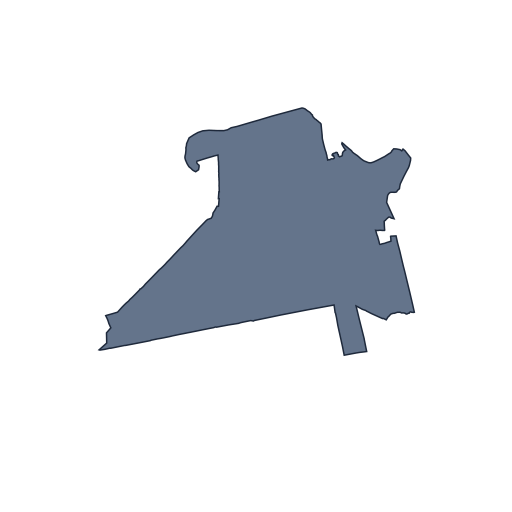 outline of Dobrun, Olt, Romania, rotated 332°
{"feature_id": "2599482B92313986888517", "entity_name": "Dobrun", "entity_type": "district", "adm_level": 2, "iso_a3": "ROU", "parent_name": "Romania", "parent_adm1": "Olt", "projection": "orthographic", "projection_center": [24.23, 44.251], "detail": "fine", "context": "isolated", "style": "filled", "palette": "slate", "viewbox_px": 512, "rotation_deg": 332, "n_neighbors": 0, "source": "geoboundaries", "source_scale": "gbopen_adm2", "svg_char_len": 6156}
<svg xmlns="http://www.w3.org/2000/svg" viewBox="0 0 512 512"><g transform="rotate(332 256 256)"><path d="M308.9,392.3L309.8,389.2L312.1,381.5L312.7,379.7L317.4,360.7L320.9,347.1L321.8,348.3L322.9,350.0L323.8,351.4L324.5,352.5L325.4,353.6L327.1,355.4L327.5,356.0L327.8,356.7L328.9,358.1L329.7,359.3L330.8,360.9L336.2,367.9L338.4,370.7L339.1,370.9L339.9,371.9L341.0,373.5L342.6,372.6L343.7,371.9L345.3,371.5L346.6,371.0L347.9,370.6L349.1,370.8L350.2,371.0L351.1,371.5L352.0,371.7L353.0,371.8L353.9,372.0L354.5,372.1L355.1,372.4L355.9,372.9L356.7,373.2L357.2,373.7L357.5,374.3L357.9,374.7L358.8,375.1L359.7,375.6L360.3,376.1L361.0,376.9L361.2,377.6L361.6,377.9L362.2,378.1L362.9,378.1L363.3,378.1L364.0,378.2L364.6,378.4L364.8,378.1L365.2,377.9L365.9,377.8L366.4,378.0L366.7,378.4L367.3,379.0L367.9,379.3L368.8,379.9L369.4,380.0L371.2,373.5L374.7,360.3L378.1,347.0L379.5,341.6L380.4,338.0L381.2,334.6L383.1,327.3L385.2,319.4L385.6,317.7L386.4,314.2L387.1,311.1L387.6,309.3L388.5,306.1L389.1,304.0L384.4,301.8L384.1,301.8L383.9,302.1L383.7,302.6L383.5,303.3L383.1,304.2L382.5,305.4L382.2,306.2L381.9,306.3L381.2,306.1L379.9,305.9L378.0,305.5L375.6,305.2L372.9,304.4L371.8,304.3L371.2,304.1L370.8,303.9L370.8,303.5L370.9,302.7L371.4,301.0L371.6,300.0L371.8,299.1L372.1,297.8L372.4,296.4L372.6,295.6L372.6,294.7L373.0,292.5L373.3,291.5L373.5,290.4L373.6,290.1L373.7,289.5L374.1,289.8L374.8,290.2L375.4,290.6L376.1,290.9L376.7,291.1L377.4,291.4L378.0,291.7L378.4,292.0L379.2,292.5L379.8,292.9L380.5,293.2L381.2,293.7L381.5,293.7L381.8,293.6L382.2,292.5L382.7,291.4L383.7,289.2L384.5,287.6L385.4,285.6L385.7,285.4L386.1,285.3L387.0,285.3L387.5,285.0L389.5,284.4L391.3,284.0L391.7,284.1L392.2,284.4L392.6,284.6L392.9,285.2L393.1,285.9L393.6,286.3L395.4,287.9L396.5,270.0L398.7,267.0L400.6,264.4L401.3,263.9L402.2,263.4L403.3,263.0L404.4,262.9L405.5,263.3L408.6,265.0L409.5,265.3L410.2,265.4L411.6,264.6L412.6,264.3L414.1,264.0L414.5,263.6L415.3,262.4L417.2,260.1L424.1,255.0L428.6,251.9L432.1,249.6L433.7,248.2L437.3,244.2L438.6,242.1L437.9,238.4L437.0,233.1L436.0,230.6L434.1,231.6L433.1,229.7L430.4,227.5L427.9,226.0L426.6,226.5L425.4,226.9L424.5,227.6L423.5,227.9L422.7,228.1L421.4,228.1L419.1,228.3L416.3,228.6L413.6,228.5L411.2,228.5L407.6,228.4L404.1,228.2L402.3,227.9L401.1,227.6L400.2,227.1L399.2,226.4L398.3,225.4L396.7,223.5L396.1,222.8L395.5,221.8L394.8,220.4L394.2,219.1L393.0,215.9L392.7,215.2L392.3,214.3L391.7,213.3L391.3,212.4L390.7,211.4L390.4,210.6L390.1,210.1L389.9,209.3L389.9,208.7L389.5,207.2L388.9,205.8L388.2,204.2L387.7,202.8L387.2,201.7L386.6,200.0L386.0,198.3L385.2,196.4L384.7,196.8L384.3,197.6L384.4,201.3L384.5,202.3L384.9,204.4L383.8,204.4L382.4,204.7L381.2,205.3L380.3,206.3L379.5,207.6L378.7,208.0L377.9,207.9L377.3,207.7L376.4,207.7L375.7,206.3L376.1,205.8L376.3,205.1L375.9,204.4L376.3,203.0L376.0,202.5L375.0,202.0L374.0,202.1L372.6,201.8L371.7,201.8L371.1,202.1L370.7,202.4L370.5,202.8L370.6,203.2L370.8,203.5L371.6,203.6L371.4,204.7L371.5,205.6L371.2,206.2L370.5,206.5L369.7,206.4L369.0,206.1L368.1,205.5L366.4,205.7L365.7,205.2L364.3,204.9L364.9,203.3L365.1,202.2L365.7,200.6L366.1,198.7L366.5,197.4L366.6,196.5L366.9,194.6L367.4,192.4L368.1,189.4L368.8,186.8L369.2,185.2L369.7,183.5L370.4,181.9L371.1,180.4L373.1,175.5L374.9,171.2L375.4,170.0L375.3,169.7L375.2,169.1L375.1,168.6L374.8,168.0L374.5,167.4L374.2,166.6L373.9,165.7L373.6,165.1L373.3,164.5L373.2,163.9L372.7,163.1L372.2,162.1L371.8,160.1L371.6,159.6L371.7,159.0L371.8,158.4L372.0,158.0L371.8,157.5L371.6,157.1L371.5,156.6L371.4,156.1L371.3,155.6L371.2,155.0L370.9,154.3L370.6,153.7L370.4,153.2L370.0,152.6L369.6,151.9L369.4,151.5L369.2,151.0L369.1,150.6L368.8,150.2L368.5,149.3L368.0,148.7L367.5,148.1L367.1,147.7L366.1,146.9L335.8,140.0L322.2,137.3L315.2,135.8L300.1,132.7L294.3,131.1L290.1,131.2L286.4,130.2L280.3,126.9L273.5,122.9L267.8,120.5L262.7,119.7L257.8,119.8L252.4,120.3L247.5,124.2L246.2,126.1L244.9,127.5L244.0,129.4L242.8,131.2L241.7,132.8L240.2,134.5L239.3,136.0L238.8,138.1L238.5,142.1L238.6,144.1L238.7,145.6L239.1,146.7L239.6,147.7L240.0,149.1L240.5,150.6L241.3,151.9L242.3,153.3L245.8,152.9L246.2,152.3L246.5,151.9L246.9,151.5L247.6,150.5L248.2,149.5L248.3,149.0L247.9,148.2L247.6,147.1L247.5,146.6L247.5,146.1L247.6,145.6L247.7,145.3L248.2,144.8L248.6,144.5L249.9,144.9L253.9,145.6L259.1,146.6L263.3,147.5L266.4,148.1L269.8,149.0L268.4,152.3L268.0,153.0L267.7,153.8L266.7,156.2L266.1,157.2L265.1,159.5L264.2,161.1L263.2,163.1L262.8,163.6L262.6,164.2L262.1,165.3L261.8,166.1L261.4,166.5L260.9,167.5L260.6,168.2L260.4,168.5L260.2,169.0L259.8,169.9L259.6,170.5L259.1,171.2L258.9,171.8L258.6,172.4L258.1,173.6L257.8,174.0L257.2,175.2L256.3,176.7L255.7,178.1L254.6,180.2L253.8,182.0L253.4,181.8L249.7,187.7L250.4,188.1L246.2,194.5L245.0,193.8L241.0,196.4L238.2,197.9L237.5,198.9L236.9,199.6L236.0,200.6L235.0,201.1L234.1,201.7L233.6,201.5L232.5,201.4L230.3,201.0L228.1,201.5L226.7,202.0L216.0,205.4L201.7,210.5L200.1,211.2L196.4,212.6L193.4,213.4L183.7,216.6L178.6,218.4L174.7,219.6L171.8,220.7L168.9,221.6L166.4,222.3L164.4,222.7L152.7,226.5L145.3,228.8L142.4,230.0L139.0,230.9L138.0,230.7L137.7,230.9L137.4,231.2L135.3,231.9L127.3,234.4L124.5,235.1L123.8,235.3L123.2,235.7L122.7,235.8L122.2,236.0L119.3,236.6L116.5,237.4L113.7,238.3L107.4,240.6L102.9,239.7L96.5,238.3L95.3,238.1L95.2,241.4L95.0,243.4L94.4,246.6L94.1,251.3L87.9,253.7L83.3,262.8L73.4,265.2L74.0,265.8L78.6,267.4L83.8,268.8L84.3,269.2L97.7,273.2L99.1,273.8L112.4,277.9L122.9,281.1L123.8,281.1L126.5,281.9L130.0,282.9L132.9,283.9L134.6,284.4L135.5,284.7L141.9,286.6L144.7,287.3L146.4,287.8L150.6,289.0L151.0,289.1L156.5,290.8L159.9,291.8L162.4,292.6L164.2,293.1L166.8,293.9L168.8,294.5L173.2,295.8L173.6,295.9L178.2,297.3L181.2,298.2L185.1,299.4L186.7,299.6L187.1,299.8L187.7,300.3L192.8,301.9L199.5,304.0L209.0,307.3L210.9,307.6L212.8,308.1L220.6,310.4L221.0,310.5L223.2,312.2L224.4,312.2L237.7,316.1L250.1,319.7L276.2,327.7L301.9,335.9L301.2,337.9L299.3,343.1L299.4,343.7L298.1,348.3L295.7,355.6L293.9,362.0L293.8,362.4L289.9,376.4L287.5,384.3L287.3,385.0L298.8,388.6L302.0,389.7L303.1,390.1L306.7,391.5L308.9,392.3Z" fill="#64748b" stroke="#1e293b" stroke-width="1.5"/></g></svg>